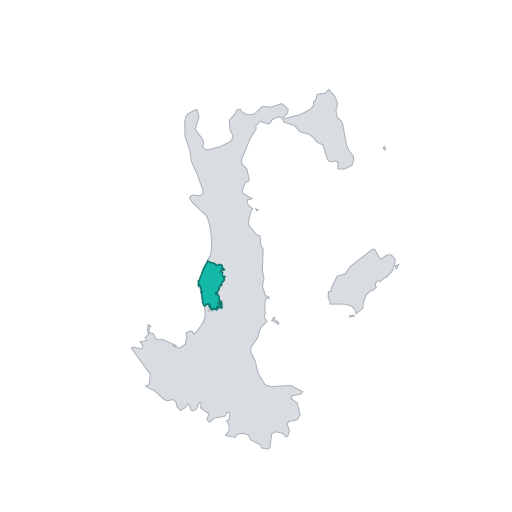 location of Marche, Macerata, Italy, rotated 224°
{"feature_id": "23120603B49951072422318", "entity_name": "Marche", "entity_type": "district", "adm_level": 2, "iso_a3": "ITA", "parent_name": "Italy", "parent_adm1": "Macerata", "projection": "equal_earth", "projection_center": [13.047, 43.328], "detail": "fine", "context": "in_parent", "style": "filled", "palette": "teal", "viewbox_px": 512, "rotation_deg": 224, "n_neighbors": 0, "source": "geoboundaries", "source_scale": "gbopen_adm2", "svg_char_len": 8905}
<svg xmlns="http://www.w3.org/2000/svg" viewBox="0 0 512 512"><g transform="rotate(224 256 256)"><path d="M118.7,121.8L121.3,123.3L131.4,120.2L137.4,122.0L142.5,119.0L145.8,114.4L145.2,111.0L153.3,105.5L154.0,111.8L158.4,116.0L162.7,117.1L161.6,119.6L165.8,124.9L167.5,124.4L168.1,123.4L167.1,119.0L173.4,110.5L173.7,104.6L174.8,103.9L177.8,104.3L180.1,109.9L190.1,108.1L193.5,112.3L195.1,111.5L192.6,104.3L193.9,100.6L196.5,100.0L198.4,101.7L202.2,102.2L202.4,100.0L201.5,98.6L202.9,92.4L208.6,92.9L212.0,95.2L215.9,95.1L219.4,90.1L222.1,88.9L235.0,88.6L244.5,85.6L245.3,86.2L243.6,88.6L244.1,90.2L249.8,97.4L281.6,103.1L281.1,104.9L274.3,109.5L273.8,111.3L274.8,112.8L280.0,113.9L276.5,118.2L276.5,119.9L279.2,120.1L278.8,125.4L282.2,127.0L286.0,131.7L282.2,132.5L283.7,131.3L279.9,126.7L276.0,128.7L269.6,126.7L265.3,130.9L250.7,136.3L253.2,133.9L252.2,133.8L246.8,137.0L245.6,143.5L249.7,149.9L252.9,152.2L251.4,156.1L249.4,157.6L246.8,156.5L246.1,160.0L247.4,169.4L249.7,176.0L256.9,183.4L262.3,185.8L278.6,197.0L284.6,209.7L289.8,225.7L294.1,231.6L303.1,240.2L311.3,246.5L319.0,250.4L338.9,250.2L344.0,251.6L344.6,254.3L343.7,256.1L337.8,260.7L337.5,264.2L340.4,266.8L354.1,273.5L368.1,279.1L377.6,286.4L389.9,292.6L399.6,302.0L403.1,307.0L403.8,310.9L401.7,317.6L400.5,320.4L393.6,316.5L387.9,305.0L376.0,303.0L372.4,301.1L370.4,297.6L366.6,297.3L364.1,299.1L357.7,309.8L354.3,319.1L354.2,322.8L356.2,326.5L362.0,328.5L369.5,335.1L369.8,343.3L371.3,348.0L369.4,350.6L365.6,349.9L360.6,351.6L357.1,354.6L355.7,357.5L355.5,367.8L348.8,373.2L343.2,383.7L334.6,383.8L332.6,380.5L332.4,375.7L333.9,372.8L337.0,371.4L339.0,365.3L338.3,360.9L339.5,359.0L346.4,356.0L346.6,349.9L344.0,347.1L341.7,336.0L333.0,314.7L330.2,312.6L322.8,312.1L314.0,306.4L313.5,304.1L314.9,301.8L313.9,298.8L311.1,293.4L309.2,292.1L298.5,294.5L301.5,290.1L297.6,287.4L290.9,287.4L291.0,285.4L286.2,276.9L283.0,273.4L270.8,271.6L266.8,273.1L260.8,267.7L255.3,265.6L241.4,250.1L234.7,245.5L230.5,238.8L222.0,234.3L218.1,235.4L217.1,234.6L219.2,233.3L218.8,230.7L213.1,224.1L209.8,221.9L207.5,217.6L202.6,216.6L202.9,208.9L201.1,203.5L198.1,198.9L196.4,188.0L195.0,184.9L191.5,182.6L183.8,180.0L173.0,173.0L160.1,169.7L154.8,172.1L140.9,187.2L128.1,190.7L127.9,187.6L133.0,180.5L132.0,177.9L124.1,178.8L114.0,172.4L112.8,166.8L115.9,161.5L117.6,160.2L116.8,156.7L110.7,153.7L108.3,149.0L108.2,147.4L109.8,146.6L113.5,146.9L119.4,143.6L121.2,139.1L112.9,127.7L113.3,125.3L118.7,121.8ZM251.8,186.4L252.3,183.5L249.6,185.3L250.4,186.6L251.8,186.4ZM332.2,372.6L322.1,389.0L318.7,400.1L319.2,404.3L322.1,407.4L320.7,408.6L323.9,413.9L323.9,415.3L319.3,421.2L319.3,426.4L310.5,425.6L303.4,422.6L299.9,416.7L297.1,414.2L294.1,412.2L287.9,412.3L285.2,411.1L268.9,399.4L262.6,396.3L255.3,395.5L252.3,392.9L250.0,387.8L252.9,379.9L257.7,375.5L262.0,380.5L265.8,378.8L266.0,377.3L268.6,375.2L272.0,375.2L284.8,382.3L291.5,380.3L297.6,381.1L303.2,380.1L310.5,376.0L319.0,376.5L328.7,371.8L332.2,372.6ZM179.5,285.1L183.6,297.7L179.4,305.4L180.9,313.8L176.8,342.3L174.8,343.2L163.9,339.9L162.9,346.4L161.4,349.1L159.2,350.8L153.3,350.4L147.6,341.0L147.3,331.7L148.6,329.0L148.8,323.7L151.1,323.4L151.3,319.8L150.0,317.8L147.8,317.2L147.9,313.1L149.6,310.0L149.7,304.6L146.9,297.7L142.9,292.7L143.9,284.0L147.4,286.2L152.7,286.1L159.0,282.8L169.5,272.7L170.8,274.5L175.2,276.2L179.1,280.6L177.5,283.4L179.5,285.1ZM199.6,220.2L200.5,222.2L200.2,224.9L198.1,223.3L193.0,223.9L192.5,222.5L198.7,221.3L199.6,220.2ZM149.0,345.6L147.5,349.0L146.0,344.6L146.2,344.0L149.0,345.6ZM147.1,277.8L144.7,281.3L143.5,281.2L146.5,277.1L147.1,277.8ZM239.9,424.1L237.1,423.3L237.0,421.6L239.3,421.9L239.9,424.1ZM288.9,289.8L286.5,290.8L286.6,289.0L288.9,289.8Z" fill="#d9dde1" stroke="#a8b0b8" stroke-width="1"/><path d="M251.9,186.5L251.3,186.6L251.3,186.8L251.1,186.9L251.1,187.1L250.9,187.4L250.5,187.2L250.5,187.3L249.8,187.2L249.7,187.3L249.8,187.4L249.7,187.5L249.6,187.8L249.5,188.2L249.6,188.6L249.7,188.8L249.4,189.2L248.9,189.2L248.8,189.5L248.5,189.7L248.2,189.6L247.8,189.5L247.6,189.5L247.3,189.7L246.9,189.8L246.8,190.0L247.0,190.1L246.8,190.9L247.3,191.1L247.7,191.1L247.9,191.2L248.1,191.6L249.0,192.5L248.9,192.7L248.6,192.8L248.5,192.6L248.4,192.7L248.0,192.6L248.0,192.9L248.1,193.6L247.6,193.6L247.7,193.1L247.6,192.9L247.6,192.2L247.4,191.9L247.2,192.2L247.4,192.5L247.3,192.9L247.4,193.0L247.2,193.1L247.1,193.3L246.6,193.7L246.2,193.4L246.0,193.6L245.8,193.5L246.0,193.7L245.9,193.9L245.4,194.4L244.7,194.5L244.4,194.7L244.4,195.0L245.0,195.4L245.4,196.3L245.7,196.2L245.8,196.4L246.3,196.5L246.4,196.3L246.9,196.3L247.1,196.3L247.0,196.6L247.4,196.4L247.5,196.0L247.8,196.1L248.1,195.9L248.1,195.7L248.5,195.9L248.5,195.6L248.9,195.7L248.7,196.1L249.0,196.6L248.9,196.8L248.7,196.9L248.7,197.1L248.3,197.6L247.7,197.6L247.5,197.9L247.8,198.1L248.0,198.6L248.4,198.6L248.9,198.2L249.4,198.7L249.3,198.8L249.5,199.1L249.7,198.9L249.8,198.7L250.1,198.2L250.3,198.2L250.6,198.1L250.9,198.5L251.1,198.9L251.3,198.7L251.5,198.8L251.5,198.7L252.1,198.7L252.6,199.1L252.8,199.5L253.7,200.6L254.3,201.1L254.7,201.3L254.9,201.5L255.1,201.7L255.2,201.9L255.1,202.0L255.4,201.8L255.6,201.6L256.0,201.5L256.2,201.4L256.4,201.5L256.6,201.5L257.3,201.8L257.5,201.1L258.0,200.5L258.3,200.5L258.5,200.7L258.8,200.6L259.0,200.9L258.8,201.1L258.8,201.3L259.0,201.5L258.7,201.5L259.2,202.1L259.0,202.5L258.3,202.8L258.4,203.0L258.3,203.3L258.6,203.5L258.9,203.9L258.9,204.2L259.4,204.6L259.4,204.9L259.6,205.0L259.7,205.6L259.6,206.0L259.3,206.4L259.7,206.7L259.7,206.8L260.2,206.9L260.2,207.1L260.4,207.1L260.2,207.5L260.3,207.8L260.5,208.2L260.5,208.5L260.9,208.7L261.1,208.7L261.3,209.2L261.3,209.4L261.2,209.5L261.1,210.2L261.0,210.3L260.9,210.6L260.3,210.8L260.4,211.0L260.5,211.2L260.7,211.6L261.1,211.5L261.6,211.6L261.7,212.2L261.7,212.3L261.9,212.5L262.0,212.5L261.8,213.6L261.9,214.1L262.2,214.4L262.2,214.7L262.2,214.9L262.0,214.7L261.8,215.2L262.3,216.0L262.2,216.2L262.0,216.4L262.0,216.7L262.5,217.1L262.8,217.0L262.9,217.3L263.3,217.5L263.2,217.5L263.3,217.6L263.3,217.8L264.0,218.0L263.9,218.3L264.0,218.3L263.8,218.8L263.8,219.0L264.0,219.2L263.9,219.5L264.0,219.8L264.3,219.8L264.5,219.3L264.6,219.2L264.6,218.9L264.4,218.8L264.5,218.7L264.6,218.4L264.8,218.7L265.2,218.7L265.9,218.2L266.4,218.7L266.6,218.8L266.8,218.8L267.4,219.2L267.5,219.6L268.0,220.2L268.2,220.5L268.4,220.7L268.4,220.9L268.6,221.0L269.1,220.8L269.6,220.7L269.9,220.7L270.1,220.5L270.1,220.4L270.3,220.3L270.4,219.9L270.6,220.2L270.6,220.4L270.9,221.4L271.1,221.6L271.2,221.8L271.0,222.0L270.8,222.2L271.0,222.4L270.8,222.4L270.7,222.9L270.7,223.1L270.5,223.3L270.4,222.9L270.2,223.0L269.8,223.2L269.4,223.3L269.5,223.5L269.2,224.2L269.6,224.2L269.7,224.3L270.8,224.5L271.1,224.4L271.2,224.0L271.7,224.0L271.9,224.3L272.5,224.5L273.1,225.3L273.5,225.5L273.9,225.5L274.3,225.7L275.2,225.1L275.5,225.3L275.6,225.2L275.5,224.8L275.6,224.4L276.2,224.2L276.6,224.3L277.0,224.0L277.2,223.8L277.1,223.6L277.1,223.0L277.5,222.4L277.8,222.2L277.9,221.5L278.1,221.5L278.4,221.9L278.7,221.9L278.8,222.0L279.0,222.0L279.1,221.8L279.6,221.9L280.1,221.5L280.3,221.8L280.9,221.9L282.0,221.3L282.1,221.0L282.3,220.7L282.2,220.6L282.6,220.3L284.0,220.1L284.6,219.8L285.0,219.5L286.4,219.2L286.5,219.0L287.4,219.0L286.7,217.4L286.7,217.2L286.8,217.0L286.9,216.9L286.7,217.1L286.6,216.9L286.8,216.9L286.6,216.8L286.5,216.5L285.8,213.6L285.6,212.9L285.7,212.5L284.8,210.6L284.8,210.3L284.8,210.2L284.7,210.2L284.8,210.2L284.7,210.2L284.8,210.1L284.6,210.0L283.9,207.9L282.9,205.6L282.9,205.3L282.9,205.5L282.7,205.4L282.8,205.4L282.6,205.3L282.3,204.8L281.1,201.5L280.0,199.3L280.0,199.1L280.0,198.3L280.1,198.1L280.2,197.8L279.4,197.2L279.1,197.3L278.9,197.1L278.7,196.9L278.6,196.5L278.2,196.0L277.9,195.8L277.8,195.5L277.0,195.1L277.1,195.3L276.9,195.3L277.2,195.4L277.1,195.7L276.9,195.4L276.9,195.5L276.9,195.4L276.7,195.6L276.8,195.6L276.7,195.8L276.6,195.7L276.7,195.8L275.8,195.8L274.8,195.3L274.0,194.7L273.4,194.6L272.3,193.9L270.5,192.7L270.1,192.3L270.1,192.2L270.0,192.3L270.0,192.2L270.0,192.3L270.1,192.2L269.8,192.1L268.9,191.2L267.9,190.5L266.2,188.9L265.3,188.2L265.1,188.1L265.1,187.9L264.9,188.0L264.2,187.6L262.3,185.7L262.2,185.9L262.3,185.6L262.1,185.6L262.2,185.9L262.1,185.7L261.9,185.7L259.6,184.3L258.4,184.2L258.5,184.4L258.4,184.6L258.3,184.8L257.8,185.6L257.9,185.9L257.8,186.1L258.0,186.6L257.8,186.7L257.7,187.1L258.0,187.4L257.7,187.7L257.2,187.8L257.1,188.0L256.7,188.0L256.6,188.4L256.6,188.7L256.5,188.9L256.1,188.7L256.0,188.9L255.7,188.8L255.3,189.0L255.2,188.8L254.9,188.5L255.2,188.2L254.8,188.2L254.7,188.0L254.8,187.9L254.7,187.6L254.4,187.6L254.5,187.3L254.4,186.9L253.8,187.0L253.7,187.4L253.2,187.6L253.0,187.4L252.9,187.4L252.9,187.2L252.7,187.2L252.2,187.3L251.9,186.9L251.9,186.5ZM250.3,195.8L250.6,196.1L250.5,196.4L250.3,196.4L250.2,196.2L249.9,196.0L250.1,195.8L250.3,195.8Z" fill="#14b8a6" stroke="#0f766e" stroke-width="1.5"/></g></svg>